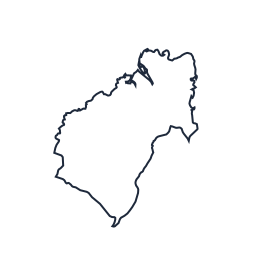 map outline of Dhaka (Robinson projection), rotated 207°
{"feature_id": "BGD-1806", "entity_name": "Dhaka", "entity_type": "Division", "adm_level": 1, "iso_a3": "BGD", "parent_name": "Bangladesh", "parent_adm1": "", "projection": "robinson", "projection_center": [90.348, 24.137], "detail": "fine", "context": "isolated", "style": "outline", "palette": "slate", "viewbox_px": 256, "rotation_deg": 207, "n_neighbors": 0, "source": "natural_earth", "source_scale": "10m", "svg_char_len": 5574}
<svg xmlns="http://www.w3.org/2000/svg" viewBox="0 0 256 256"><g transform="rotate(207 128 128)"><path d="M97.3,33.4L97.0,35.5L97.2,38.1L97.8,40.7L98.6,42.2L99.6,42.4L101.8,41.4L104.3,41.3L118.5,47.7L128.6,50.0L133.6,52.3L135.8,52.4L142.3,50.9L147.6,51.4L150.2,50.7L151.1,50.7L151.8,50.9L153.2,51.6L155.6,52.1L156.1,52.0L156.5,51.8L157.2,51.0L157.5,50.8L158.6,51.0L159.4,51.5L160.2,52.1L161.1,52.6L162.9,52.9L170.2,51.8L170.0,55.0L170.9,58.3L170.9,59.3L170.7,60.0L170.0,61.1L169.5,62.4L168.7,65.1L172.9,72.4L174.8,73.3L182.4,72.4L183.3,75.8L183.7,77.3L184.0,80.7L183.5,84.6L183.9,85.9L184.3,86.1L184.6,86.1L184.9,86.0L185.4,85.9L187.4,86.0L188.1,86.4L188.4,86.9L188.7,87.8L188.7,88.4L188.5,88.8L188.2,89.2L188.0,89.7L188.0,90.2L188.0,90.6L187.9,91.1L187.7,91.5L187.2,91.8L186.6,92.0L186.2,92.3L186.2,92.8L187.0,93.9L187.4,94.7L187.8,95.2L188.1,95.5L189.3,96.1L188.4,98.6L187.7,100.0L187.2,100.8L186.7,101.4L186.5,101.5L186.5,101.8L186.5,102.1L187.0,102.7L187.5,103.0L188.2,103.0L188.9,103.4L189.2,104.8L189.3,105.2L189.2,106.1L188.2,106.9L189.6,108.3L190.0,108.7L190.3,109.3L190.4,109.9L190.1,110.6L189.6,110.7L188.9,111.5L189.8,113.0L188.4,114.1L186.2,115.1L185.3,117.6L184.8,118.2L184.3,119.0L183.5,119.7L182.4,120.1L181.1,120.2L180.5,120.5L180.5,121.3L180.7,122.2L180.5,122.7L180.0,122.8L179.6,122.6L178.7,121.9L176.6,125.0L175.8,125.3L175.1,125.6L174.7,125.8L175.0,127.3L174.9,127.6L176.0,129.4L175.6,130.4L176.8,131.2L176.4,132.8L175.1,134.3L174.1,135.0L173.3,135.8L172.7,137.6L173.0,139.0L172.7,140.8L171.4,143.9L168.9,147.6L168.1,148.3L167.5,148.7L167.1,148.6L166.7,148.5L166.3,148.2L164.8,147.2L164.4,147.4L163.9,147.6L163.6,147.8L163.1,147.8L161.1,147.8L160.6,147.8L160.2,148.0L159.8,148.3L159.4,148.7L159.0,149.1L158.8,149.7L158.7,150.3L159.1,151.9L159.1,152.5L159.0,153.0L157.7,156.7L156.7,158.3L156.5,159.0L156.8,159.5L157.7,160.2L158.1,160.5L158.3,161.0L158.5,161.5L158.5,162.1L158.0,163.1L157.4,163.7L159.1,165.5L159.7,166.4L159.5,166.8L158.5,166.9L157.8,167.3L157.5,168.0L158.0,168.8L157.3,169.6L155.9,170.5L155.3,171.4L155.3,171.5L154.9,171.4L153.8,171.4L153.6,171.8L154.2,172.4L155.3,173.4L154.9,175.0L153.7,174.3L153.0,174.2L151.8,175.0L150.2,175.6L149.2,176.2L148.9,176.0L148.0,173.0L148.2,170.9L149.3,169.2L150.9,168.3L150.5,167.8L150.4,168.1L150.0,168.3L149.5,167.6L148.4,167.8L146.1,168.8L146.4,169.9L146.1,170.5L145.3,170.8L144.3,170.9L143.2,170.8L142.4,170.5L140.8,169.4L141.3,170.5L142.2,171.3L143.3,171.7L144.3,171.9L146.7,172.0L147.2,172.6L147.4,179.3L147.2,180.1L146.7,180.6L146.2,181.7L145.8,183.0L145.6,184.2L143.5,183.2L130.9,180.5L128.4,179.6L126.2,178.0L126.1,178.9L126.8,179.7L135.1,185.1L136.1,186.0L136.7,186.9L137.1,187.8L137.7,188.6L139.7,189.0L141.5,190.0L142.5,190.4L146.7,190.9L147.3,191.4L149.2,194.4L149.4,195.7L149.7,198.3L149.4,197.9L148.9,197.2L148.3,196.5L148.6,197.9L148.9,202.4L148.7,204.1L146.9,206.8L146.5,207.3L145.8,207.1L145.6,206.4L145.9,205.7L146.5,205.2L146.5,204.7L146.1,204.7L145.4,205.7L144.7,206.4L143.8,206.9L142.5,207.3L140.1,207.2L139.3,207.5L139.0,208.8L139.1,209.2L138.9,209.4L138.6,210.1L138.4,210.4L137.3,211.1L135.6,210.2L134.7,209.3L133.3,208.1L132.0,207.8L131.2,207.6L130.2,208.0L129.5,208.5L128.9,209.7L129.5,209.8L130.5,209.7L131.1,210.1L131.1,211.4L131.0,211.7L130.7,212.1L130.5,212.6L130.0,213.1L129.4,214.3L128.7,214.8L128.3,214.8L127.8,214.9L127.0,214.6L126.1,213.9L124.8,212.3L124.5,211.0L124.3,209.1L124.1,208.5L123.7,208.0L123.2,207.7L122.5,207.6L119.3,208.2L118.7,209.4L118.2,210.8L117.0,211.5L115.9,212.6L115.4,213.5L114.1,214.8L113.8,215.3L112.9,217.4L111.3,219.8L109.8,221.4L108.9,222.0L107.8,222.2L105.5,222.6L105.4,222.6L102.8,221.1L102.3,220.6L101.0,219.0L100.6,218.8L99.6,218.3L99.3,218.0L99.0,217.5L98.6,216.1L98.4,215.4L97.5,214.2L95.4,212.1L94.4,210.8L92.9,207.2L92.2,206.2L91.7,205.9L90.6,205.7L90.1,205.2L89.8,204.7L89.6,204.1L89.5,203.4L89.5,202.6L90.8,203.8L91.5,204.0L91.9,202.9L92.9,201.4L93.3,201.1L94.2,200.8L94.4,200.2L94.0,199.5L93.1,199.1L92.4,199.3L91.8,199.8L91.2,200.2L90.4,200.1L89.5,198.8L89.7,197.2L89.5,196.0L86.1,195.0L86.7,193.8L87.9,192.5L88.7,191.3L86.7,191.4L85.1,189.4L84.2,186.5L84.2,184.1L84.7,184.1L85.0,184.6L85.2,184.8L86.0,185.2L84.8,179.1L84.3,177.6L83.0,176.3L81.0,175.1L79.1,174.9L78.1,176.5L77.8,176.1L77.7,175.6L77.6,175.1L77.7,174.5L78.1,174.2L79.0,173.5L79.6,172.8L79.2,172.4L78.5,172.1L78.2,171.3L77.9,170.3L77.5,169.6L76.7,168.6L72.8,162.5L72.2,162.2L71.3,162.2L70.3,162.6L68.4,162.7L65.8,159.1L65.6,158.4L68.9,149.2L69.0,147.7L68.9,147.1L68.0,144.1L70.1,145.7L75.8,148.3L77.3,149.2L79.9,151.7L81.5,152.0L82.6,151.7L84.6,150.3L85.6,149.9L89.2,149.5L90.7,149.1L90.7,148.2L90.0,144.8L89.8,143.6L90.1,142.0L90.9,139.7L96.5,134.8L97.3,134.0L97.9,133.0L98.3,132.0L98.5,129.3L99.2,128.1L99.0,127.9L99.1,126.9L99.3,125.8L99.1,125.3L99.1,125.0L99.2,124.3L98.9,123.6L97.8,123.3L97.8,121.7L97.7,121.3L97.5,121.0L96.8,120.4L95.1,118.4L95.0,118.2L94.6,117.9L94.4,117.7L94.4,117.0L94.4,114.1L94.0,111.2L94.0,110.5L94.6,105.1L94.7,102.3L95.2,100.0L95.3,98.5L95.2,97.1L95.1,96.2L95.4,95.4L96.1,94.5L96.6,92.6L96.6,91.7L96.3,90.2L96.4,89.4L97.1,86.0L97.0,84.4L96.7,83.1L96.3,82.3L95.8,81.6L94.6,80.4L92.7,79.4L91.6,78.6L90.9,77.8L90.1,76.0L89.5,74.5L88.0,66.4L87.9,65.8L88.3,59.5L88.9,55.6L89.7,51.6L91.2,48.4L91.8,47.4L92.5,46.4L93.5,44.9L93.8,43.1L93.3,39.0L94.8,35.3L94.9,34.8L95.3,34.2L96.2,33.6L97.3,33.4L97.3,33.4ZM143.8,188.8L142.7,189.4L141.5,189.1L140.3,188.1L138.3,185.9L137.6,184.8L137.8,184.1L139.4,184.2L141.8,185.0L144.8,186.8L147.3,188.7L147.8,190.4L145.5,188.5L144.2,188.0L143.8,188.8Z" fill="none" stroke="#1e293b" stroke-width="2"/></g></svg>